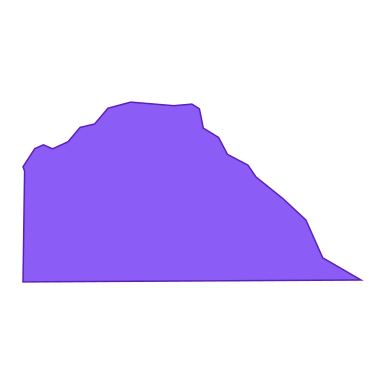 outline of Camp, Texas, United States of America
{"feature_id": "52423323B72263497206932", "entity_name": "Camp", "entity_type": "district", "adm_level": 2, "iso_a3": "USA", "parent_name": "United States of America", "parent_adm1": "Texas", "projection": "equal_earth", "projection_center": [-94.984, 32.989], "detail": "fine", "context": "isolated", "style": "filled", "palette": "violet", "viewbox_px": 384, "rotation_deg": 0, "n_neighbors": 0, "source": "geoboundaries", "source_scale": "gbopen_adm2", "svg_char_len": 410}
<svg xmlns="http://www.w3.org/2000/svg" viewBox="0 0 384 384"><path d="M43.4,144.8L34.8,148.6L23.0,166.8L24.6,171.1L23.0,281.9L361.0,280.0L322.7,257.8L305.9,220.0L282.8,198.5L256.0,177.0L248.0,165.2L227.5,154.4L218.6,137.5L203.3,128.1L199.4,108.8L191.9,104.1L173.7,105.7L130.7,102.1L108.0,108.2L94.6,124.0L80.1,127.4L68.1,141.7L52.6,148.8L43.4,144.8Z" fill="#8b5cf6" stroke="#5b21b6" stroke-width="1.5"/></svg>